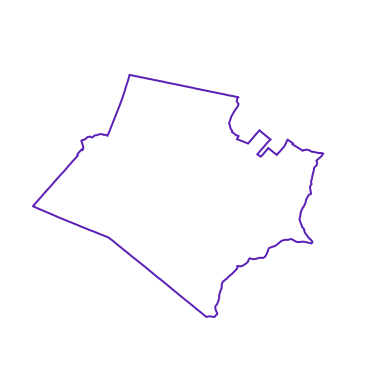 the district of Khlong Sam Wa, Bangkok Metropolis, Thailand, rotated 221°
{"feature_id": "78962969B63741991281097", "entity_name": "Khlong Sam Wa", "entity_type": "district", "adm_level": 2, "iso_a3": "THA", "parent_name": "Thailand", "parent_adm1": "Bangkok Metropolis", "projection": "mercator", "projection_center": [100.726, 13.873], "detail": "fine", "context": "isolated", "style": "outline", "palette": "violet", "viewbox_px": 384, "rotation_deg": 221, "n_neighbors": 0, "source": "geoboundaries", "source_scale": "gbopen_adm2", "svg_char_len": 5948}
<svg xmlns="http://www.w3.org/2000/svg" viewBox="0 0 384 384"><g transform="rotate(221 192 192)"><path d="M77.6,225.4L76.8,226.1L75.7,227.3L74.4,228.2L73.9,228.5L70.2,230.5L68.2,231.5L68.1,231.8L68.2,233.1L68.5,233.4L69.0,233.6L71.1,233.9L73.0,233.9L75.3,234.3L75.9,234.5L78.8,235.0L79.8,235.3L80.7,235.7L81.3,236.1L83.0,237.3L83.5,237.6L85.6,237.8L86.4,238.1L87.2,238.6L87.5,238.9L88.4,239.3L89.0,239.6L90.5,240.4L91.9,241.2L93.3,242.2L93.4,242.5L93.8,243.7L94.1,244.2L94.7,245.2L95.4,246.2L96.6,248.0L97.2,249.5L97.3,250.1L97.6,251.1L98.0,252.5L98.2,254.9L98.8,256.5L98.9,257.2L99.0,257.5L99.8,259.3L100.9,261.1L101.2,262.5L101.5,264.3L101.9,266.4L101.9,266.7L101.8,267.0L101.5,267.5L101.0,268.3L101.0,268.6L101.1,269.0L101.3,269.2L102.9,270.3L103.1,270.5L104.3,271.5L105.4,272.3L105.6,272.5L105.8,272.9L106.4,273.5L106.6,274.1L106.8,274.9L106.8,275.5L106.9,276.3L107.2,276.6L108.3,277.2L108.8,277.8L109.4,278.8L110.2,280.6L112.5,284.6L113.7,287.2L114.5,288.6L115.0,289.2L115.3,289.8L115.7,290.8L115.7,291.5L115.5,293.3L115.6,293.7L115.8,294.7L116.2,295.4L116.6,295.9L117.1,296.5L117.3,296.6L118.5,297.1L118.7,297.6L118.4,299.1L118.4,299.5L118.3,300.2L118.1,301.5L118.0,302.2L117.8,303.6L118.1,306.3L118.2,307.0L119.0,306.7L119.9,306.3L122.7,304.0L124.2,303.3L125.5,302.7L126.6,302.0L127.4,301.4L127.8,301.1L128.5,300.9L130.8,300.4L131.4,300.2L132.4,299.7L132.8,299.4L133.2,299.2L133.7,298.8L133.9,298.5L134.1,298.0L134.4,297.5L134.7,297.3L135.1,297.1L135.4,296.7L135.5,296.5L135.4,296.1L135.5,295.8L136.3,295.6L137.7,295.5L139.5,295.2L145.8,294.2L147.5,293.9L147.6,294.0L147.6,294.9L147.8,295.0L148.4,294.8L149.9,294.7L152.5,294.4L154.1,294.3L154.2,294.2L154.1,293.9L153.9,292.7L153.6,291.9L153.5,291.6L153.0,290.3L152.7,288.8L152.4,288.2L152.3,286.2L152.3,280.4L152.3,279.6L152.4,275.6L163.2,275.2L163.2,271.0L163.1,267.0L163.1,265.6L163.3,263.8L167.4,263.3L167.4,263.8L167.4,264.2L167.5,265.7L167.5,268.1L167.4,270.4L167.5,271.4L167.5,271.9L167.4,272.1L167.4,274.0L167.5,276.7L167.5,278.9L167.4,280.4L167.3,281.7L167.4,282.8L167.3,283.1L167.8,283.1L178.1,282.8L180.8,282.8L181.6,282.8L181.6,275.6L181.5,270.9L181.5,265.4L192.7,261.4L193.5,264.7L195.7,264.0L195.8,263.8L196.0,263.8L196.5,263.9L197.0,263.8L198.4,263.7L200.6,263.7L201.3,263.5L201.6,264.3L202.0,264.5L203.6,264.9L204.6,265.3L205.2,265.7L206.6,266.8L207.6,267.4L208.0,267.5L208.8,267.9L209.1,268.2L209.4,268.8L209.9,270.2L210.8,272.4L211.4,273.8L211.9,275.0L212.1,275.9L212.3,276.9L213.0,280.7L213.2,282.7L213.5,284.4L213.6,285.9L213.7,286.7L214.4,288.6L214.5,288.8L214.8,289.0L216.4,289.3L216.7,289.4L217.7,289.9L218.1,290.2L218.3,290.5L218.7,291.5L219.0,292.2L219.2,292.8L219.2,293.6L219.2,293.9L219.4,293.9L220.9,292.9L224.8,290.8L228.2,288.7L230.7,287.4L232.4,286.5L241.5,281.3L242.8,280.6L243.8,280.0L245.4,279.1L245.7,278.9L250.1,276.5L252.6,275.0L254.5,274.0L256.7,272.7L259.3,271.4L262.5,269.6L262.9,269.4L264.6,268.4L265.6,267.8L267.8,266.5L268.3,266.2L269.4,265.7L271.7,264.4L272.8,263.8L275.4,262.3L276.6,261.6L279.3,260.1L282.4,258.2L282.8,258.1L285.2,256.8L287.1,255.8L288.7,254.8L292.0,253.0L293.4,252.1L297.0,250.2L298.1,249.4L299.8,248.5L301.5,247.6L305.3,245.4L305.9,245.0L309.5,243.1L311.5,241.9L314.6,240.2L315.7,239.5L315.9,239.4L315.6,238.7L315.4,238.2L315.2,238.0L314.6,236.6L314.2,235.8L313.0,233.2L311.3,229.0L308.9,223.8L307.0,219.2L304.9,213.9L303.8,211.0L295.5,187.5L294.2,183.9L293.2,180.8L292.7,179.0L293.7,178.7L294.4,178.7L294.8,178.5L295.0,178.3L295.6,177.6L296.0,177.2L297.8,176.7L298.0,176.5L299.5,175.2L301.4,172.1L302.3,171.2L302.5,170.9L302.6,170.4L302.8,169.3L303.0,167.8L303.1,167.7L303.5,167.4L304.0,167.2L304.9,167.0L305.3,166.8L305.8,166.4L306.5,165.4L306.8,164.8L306.9,164.3L307.3,161.6L307.4,161.3L307.6,160.8L308.0,160.3L308.7,159.4L309.1,158.1L308.6,157.7L308.1,157.4L306.6,156.6L305.7,156.0L304.3,155.2L302.9,153.9L302.5,153.2L302.2,152.5L302.2,152.2L302.3,151.6L303.2,151.7L303.3,148.3L303.2,145.4L303.2,145.2L303.0,144.9L302.4,144.8L302.1,144.7L302.1,144.4L302.1,143.7L302.1,141.2L302.3,136.5L302.2,134.2L302.3,131.9L302.2,125.0L302.4,118.6L302.5,112.0L302.5,101.9L302.6,98.9L302.7,90.9L302.6,89.9L302.7,85.4L302.7,83.6L302.7,77.1L302.3,77.0L301.8,77.1L301.4,77.2L301.2,77.4L300.6,77.6L300.3,77.6L278.6,84.6L277.6,84.8L256.9,91.9L253.2,93.1L243.6,96.4L239.7,97.9L234.6,99.6L225.7,102.7L224.3,102.9L221.4,103.1L219.2,103.3L217.2,103.2L216.2,103.3L194.5,104.0L179.4,104.7L160.7,105.1L159.2,105.3L151.4,105.6L144.9,105.7L129.9,106.1L116.9,106.6L111.3,106.7L105.1,107.0L99.2,107.1L98.9,107.6L97.6,109.2L96.6,110.1L95.5,110.9L94.8,111.3L94.2,111.5L93.7,112.0L93.3,112.3L93.2,112.5L93.0,112.8L93.1,114.0L93.1,114.9L92.9,115.6L92.9,116.5L93.0,116.7L93.3,116.9L95.8,118.1L96.9,118.7L98.1,119.6L98.9,120.4L99.3,120.8L99.5,121.4L99.4,122.7L99.5,123.9L100.8,127.6L101.6,129.1L102.6,130.6L103.1,131.4L103.9,132.2L104.1,132.6L105.6,135.9L106.0,136.9L106.2,138.2L106.5,138.7L106.7,139.1L108.4,141.1L108.8,141.6L109.2,142.3L109.5,143.1L109.7,143.8L109.7,145.1L109.6,146.1L108.9,149.9L108.8,152.0L108.7,152.8L108.6,153.8L108.2,155.6L108.0,157.7L107.9,159.5L107.8,161.0L107.8,162.6L107.8,163.8L108.0,164.6L108.2,164.9L108.9,165.3L109.2,165.6L109.0,166.1L107.2,167.4L106.1,168.3L105.7,168.8L105.4,169.7L104.5,172.8L104.2,174.0L104.0,175.8L104.1,176.3L105.0,178.4L105.1,179.2L105.0,179.6L104.8,179.9L104.6,180.0L104.1,180.3L102.6,180.9L101.8,181.4L101.4,181.8L101.3,182.0L100.9,182.3L100.3,183.0L99.7,183.7L98.6,185.6L97.9,186.7L97.2,187.3L96.7,187.7L96.3,187.9L95.5,188.6L95.1,188.9L94.7,189.7L94.6,190.2L94.5,190.9L94.5,191.6L94.5,192.0L95.1,194.7L95.9,196.8L96.7,198.7L97.0,200.2L96.8,200.8L96.5,201.4L95.9,202.3L95.4,203.4L94.6,204.5L93.9,205.9L93.6,206.8L93.3,208.4L93.2,209.1L92.8,211.4L92.7,212.4L92.4,213.6L91.9,214.7L90.7,216.5L90.0,217.4L88.3,218.6L87.4,220.0L86.6,221.1L86.6,221.3L85.6,221.9L82.8,222.4L82.1,222.6L81.3,222.7L80.6,222.9L79.3,223.7L78.6,224.2L78.3,224.5L77.6,225.4Z" fill="none" stroke="#5b21b6" stroke-width="2"/></g></svg>